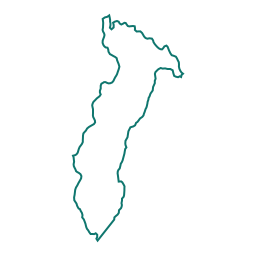 Bertópolis, Minas Gerais, Brazil
{"feature_id": "56859067B74434501882476", "entity_name": "Bertópolis", "entity_type": "district", "adm_level": 2, "iso_a3": "BRA", "parent_name": "Brazil", "parent_adm1": "Minas Gerais", "projection": "natural_earth1", "projection_center": [-40.57, -16.985], "detail": "fine", "context": "isolated", "style": "outline", "palette": "teal", "viewbox_px": 256, "rotation_deg": 0, "n_neighbors": 0, "source": "geoboundaries", "source_scale": "gbopen_adm2", "svg_char_len": 3268}
<svg xmlns="http://www.w3.org/2000/svg" viewBox="0 0 256 256"><path d="M183.0,73.7L181.5,72.5L180.5,71.1L179.4,68.8L178.9,66.5L179.0,64.7L178.8,62.2L177.7,60.1L177.0,58.5L175.9,56.7L173.7,55.8L171.7,55.2L170.4,53.3L169.0,50.4L168.2,48.3L167.6,46.8L166.4,45.6L164.4,46.4L163.1,48.3L162.0,49.4L160.5,49.2L158.9,48.4L157.4,47.1L156.1,45.7L154.7,44.0L153.5,42.1L153.1,40.4L151.9,38.6L149.4,38.3L147.3,38.7L145.5,38.0L144.1,36.5L143.2,34.9L142.1,33.0L140.4,31.4L138.6,31.4L136.6,31.5L134.9,29.9L135.0,28.2L134.7,26.3L133.0,26.0L130.9,26.2L129.2,26.4L127.8,26.0L126.6,24.4L125.7,23.0L124.4,22.8L123.0,23.7L121.3,24.5L119.7,23.5L118.7,21.7L117.0,21.0L114.7,21.7L113.1,22.7L113.7,25.0L113.6,27.5L111.5,29.3L109.9,27.7L110.4,25.5L110.5,23.5L110.1,21.7L110.1,19.8L109.7,17.5L109.2,15.4L107.3,16.8L104.9,17.4L102.7,18.9L103.0,21.1L103.2,22.9L103.1,25.0L103.0,27.6L102.6,29.9L103.1,31.6L104.1,33.4L104.5,35.0L104.1,36.8L103.4,38.6L102.7,40.6L102.6,42.9L103.4,45.0L104.3,46.3L105.6,47.4L107.5,47.7L108.2,49.4L108.5,51.7L109.9,54.1L111.6,55.0L113.3,56.0L115.2,57.0L116.7,58.2L117.0,59.9L117.6,61.5L118.6,63.9L119.4,66.7L118.7,69.3L117.8,71.8L117.1,74.0L116.3,75.6L115.3,77.1L114.4,78.8L113.5,80.8L112.2,82.4L110.4,83.2L108.7,83.4L107.3,83.0L105.5,82.1L104.1,82.1L102.9,82.9L101.4,83.7L100.7,85.7L100.7,88.6L99.9,90.8L99.9,92.5L100.7,94.5L99.5,96.3L98.2,97.3L96.8,98.4L95.2,100.1L93.5,101.8L92.7,103.4L92.2,105.2L92.5,107.0L93.0,109.2L93.0,111.5L93.0,113.7L92.9,115.3L93.2,117.0L94.2,119.0L94.9,120.5L95.1,122.4L93.9,124.1L91.8,125.3L90.4,126.1L88.9,127.0L87.1,128.5L85.9,130.6L84.5,132.1L83.4,133.4L83.0,135.6L82.9,138.4L82.8,140.1L82.8,142.0L82.0,143.8L81.0,145.2L79.7,146.9L78.9,148.7L78.4,150.3L77.7,152.7L76.5,154.3L75.3,155.1L73.0,155.7L73.6,157.3L73.8,159.3L74.1,161.7L73.6,164.2L73.8,166.0L74.5,167.6L75.4,169.3L76.1,171.2L77.3,172.1L78.7,172.8L80.5,174.2L81.4,176.1L81.1,178.4L79.9,180.6L78.6,182.8L77.2,185.6L76.0,187.5L75.2,189.8L74.9,192.4L74.6,194.8L74.1,197.4L74.3,200.3L75.3,201.8L76.5,203.6L77.1,205.7L77.8,207.1L78.6,208.5L79.9,209.1L80.8,211.1L81.9,212.9L82.5,215.1L82.2,217.4L83.8,219.4L84.7,221.7L85.5,223.9L85.9,225.7L86.4,227.5L87.1,229.0L88.2,230.3L89.2,232.1L90.6,234.0L92.7,234.0L94.2,234.1L95.7,233.3L97.2,234.7L97.2,237.0L96.4,238.7L97.6,240.6L114.2,219.6L114.4,217.4L116.1,215.8L117.6,214.6L118.8,212.8L119.0,210.2L121.0,208.2L121.6,206.7L121.9,205.0L121.5,203.2L122.0,200.6L122.0,198.6L123.7,196.7L124.1,194.9L124.4,190.6L124.4,188.4L124.5,186.3L123.7,184.7L122.3,182.3L121.1,181.4L118.7,181.6L117.9,175.3L117.6,173.3L117.8,171.3L118.5,169.8L119.7,168.5L120.4,165.7L120.8,163.7L121.8,162.2L122.6,160.4L124.4,153.7L124.8,151.2L125.2,149.0L126.4,147.4L125.5,145.0L125.3,143.4L125.5,140.8L127.5,137.3L128.4,131.3L130.4,127.3L133.4,126.4L135.1,125.3L136.1,122.8L137.4,122.0L138.5,120.6L140.0,118.5L142.3,116.9L143.5,115.4L143.9,113.8L144.6,112.1L145.6,109.0L146.4,107.6L146.9,105.8L147.4,103.5L147.6,101.9L148.4,99.6L148.6,98.0L149.5,96.5L150.5,93.6L152.7,90.5L153.1,87.0L154.8,83.2L154.8,80.8L155.6,78.7L154.9,73.9L155.4,72.2L157.0,70.5L158.4,69.2L160.7,68.0L162.6,68.6L165.1,68.4L167.6,69.0L170.3,69.0L172.7,70.3L173.4,73.4L174.2,75.9L175.9,76.7L178.1,77.2L179.8,76.3L181.1,77.0L181.6,74.9L183.0,73.7Z" fill="none" stroke="#0f766e" stroke-width="2"/></svg>